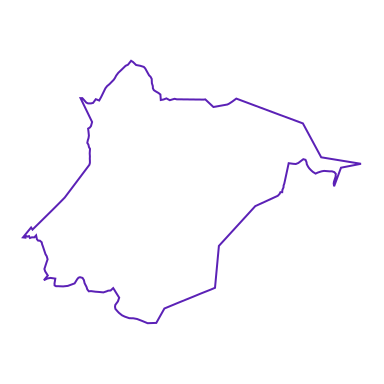 Santana do Matos, Rio Grande do Norte, Brazil
{"feature_id": "56859067B30783601838270", "entity_name": "Santana do Matos", "entity_type": "district", "adm_level": 2, "iso_a3": "BRA", "parent_name": "Brazil", "parent_adm1": "Rio Grande do Norte", "projection": "robinson", "projection_center": [-36.666, -5.904], "detail": "fine", "context": "isolated", "style": "outline", "palette": "violet", "viewbox_px": 384, "rotation_deg": 0, "n_neighbors": 0, "source": "geoboundaries", "source_scale": "gbopen_adm2", "svg_char_len": 2313}
<svg xmlns="http://www.w3.org/2000/svg" viewBox="0 0 384 384"><path d="M128.0,64.7L125.6,65.8L122.0,69.3L118.3,72.8L116.2,75.6L115.0,77.9L113.8,79.7L109.4,84.2L107.1,86.1L105.4,88.3L101.2,96.9L99.2,100.5L95.8,99.2L93.1,102.9L91.0,103.4L88.0,103.4L86.3,102.6L82.3,98.1L80.5,98.1L87.8,113.1L92.1,122.0L91.0,126.0L89.9,127.5L88.1,128.6L88.5,131.8L88.9,135.6L88.5,138.2L87.8,140.3L87.3,142.9L88.4,144.6L89.0,147.2L90.0,148.9L89.7,153.4L89.9,156.4L89.8,158.6L89.9,160.8L89.9,162.9L89.4,164.8L74.5,184.6L64.7,197.6L55.0,207.4L32.5,229.6L31.1,227.5L23.0,237.4L25.5,237.7L25.8,235.9L27.5,236.6L29.0,236.1L29.9,238.0L31.9,237.3L34.4,237.3L36.1,235.4L36.9,239.2L38.1,240.6L39.9,240.7L41.7,242.3L42.1,244.3L42.8,246.1L43.8,249.1L44.9,252.4L45.5,254.2L46.7,256.2L47.6,259.3L46.6,262.2L44.4,269.0L45.2,271.4L47.8,275.5L43.9,280.2L47.4,278.5L50.4,277.9L55.3,278.6L54.5,283.5L54.6,285.4L56.0,286.2L58.2,286.2L63.1,286.4L67.8,285.9L74.6,283.4L77.2,279.2L78.5,277.7L80.0,277.2L82.5,277.9L83.9,280.1L84.6,283.2L86.5,286.9L87.3,289.4L88.8,291.3L91.0,291.1L95.4,291.7L99.4,292.0L103.4,292.4L106.7,291.3L108.1,290.7L110.6,290.5L113.2,288.1L114.3,289.8L116.0,292.6L119.2,297.7L117.9,301.4L115.3,304.9L115.0,306.8L115.4,308.9L117.4,311.2L118.9,312.8L122.0,315.3L124.7,316.6L129.3,318.2L133.4,318.3L137.1,319.0L142.3,321.0L147.6,323.2L156.3,322.9L164.4,308.5L178.6,302.6L193.4,296.6L200.4,293.7L211.0,289.5L215.0,287.8L218.9,245.9L225.4,238.8L237.1,226.0L255.3,206.1L277.8,195.8L279.6,193.9L280.4,192.2L282.2,192.2L282.4,189.9L283.5,187.4L283.6,185.5L284.3,183.6L288.7,163.2L293.2,163.8L295.8,164.0L298.3,163.0L303.3,159.2L305.5,159.8L306.5,162.2L306.8,164.2L308.1,166.7L309.3,168.4L311.1,170.3L312.9,171.9L315.6,173.6L317.7,172.6L320.1,171.8L321.7,171.3L324.1,170.9L329.0,171.3L331.9,171.3L334.3,172.1L335.8,173.8L335.6,176.7L334.6,179.8L334.0,181.6L333.7,183.5L334.1,186.3L341.0,167.7L361.0,163.8L321.2,157.3L302.9,123.4L278.6,114.4L236.3,98.6L232.4,101.5L229.2,103.6L227.4,104.5L213.4,107.0L205.3,99.4L203.7,99.6L176.7,99.3L174.6,98.8L171.8,99.6L169.8,100.2L166.4,98.4L163.5,99.5L160.8,100.0L160.4,94.5L158.5,93.0L155.4,91.2L153.8,90.1L152.9,88.3L152.8,86.0L151.9,83.3L151.7,78.9L150.5,76.7L149.1,75.4L145.2,68.4L143.8,66.9L140.3,65.8L136.1,65.0L133.0,62.0L131.1,60.8L128.0,64.7Z" fill="none" stroke="#5b21b6" stroke-width="2"/></svg>